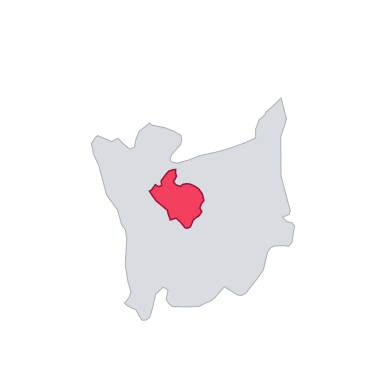 Kolašin highlighted on a map of Montenegro, rotated 221°
{"feature_id": "MNE-1512", "entity_name": "Kolašin", "entity_type": "Municipality", "adm_level": 1, "iso_a3": "MNE", "parent_name": "Montenegro", "parent_adm1": "", "projection": "albers", "projection_center": [19.443, 42.798], "detail": "fine", "context": "in_parent", "style": "filled", "palette": "rose", "viewbox_px": 384, "rotation_deg": 221, "n_neighbors": 0, "source": "natural_earth", "source_scale": "10m", "svg_char_len": 1915}
<svg xmlns="http://www.w3.org/2000/svg" viewBox="0 0 384 384"><g transform="rotate(221 192 192)"><path d="M170.2,64.0L169.9,65.9L170.4,71.5L172.9,76.9L181.8,82.5L194.9,93.5L210.3,113.7L217.4,119.7L223.8,121.2L236.2,129.5L244.9,131.5L254.6,133.8L280.1,151.1L291.5,156.1L299.7,162.6L300.6,168.8L300.3,172.6L285.7,177.3L283.2,184.1L276.1,183.4L267.5,183.4L264.7,187.8L268.8,194.9L271.6,203.3L269.5,214.8L268.8,216.3L266.7,215.9L254.6,222.7L245.6,225.9L237.4,227.5L233.6,224.3L231.7,219.9L231.9,207.3L230.5,203.0L227.7,201.0L222.1,204.0L215.6,213.8L209.6,225.1L200.6,237.0L193.1,248.3L185.0,262.7L179.4,274.5L185.2,281.2L188.7,290.5L187.6,297.5L188.6,301.6L186.8,313.8L186.5,321.5L168.5,309.1L161.2,291.8L135.2,262.4L105.5,242.3L103.9,239.1L105.6,235.3L107.1,232.3L100.9,232.0L96.5,234.4L92.4,233.7L87.8,226.2L83.5,219.7L83.4,214.0L85.4,213.3L88.4,211.0L94.7,204.8L96.0,201.5L95.7,196.4L87.2,180.4L86.0,170.0L85.0,150.8L86.9,146.2L90.1,144.1L105.4,141.8L105.4,126.8L106.3,122.4L109.4,116.2L111.4,110.5L119.9,102.4L131.5,92.8L136.5,92.5L140.9,93.9L145.8,102.3L151.2,101.2L152.4,91.2L145.4,78.0L141.6,69.6L142.8,65.0L145.5,62.5L151.6,64.1L157.3,66.4L161.0,64.9L166.8,63.7L170.2,64.0Z" fill="#d9dde1" stroke="#a8b0b8" stroke-width="1"/><path d="M171.7,183.7L171.1,178.7L172.2,174.9L172.6,171.3L171.5,168.3L170.8,166.4L170.5,163.9L171.8,161.6L173.7,160.4L181.0,161.7L186.7,161.9L188.5,159.3L190.0,156.7L190.3,156.9L195.0,159.5L198.7,162.1L205.8,162.0L213.4,161.8L217.5,162.8L220.6,163.5L224.8,164.8L223.9,166.7L224.4,173.2L224.5,173.5L220.8,174.0L219.2,177.0L220.9,178.6L222.6,180.1L222.9,183.5L223.3,188.6L223.2,192.6L220.7,196.7L219.1,198.3L216.8,195.4L214.1,193.9L213.3,190.7L212.8,187.4L208.5,186.9L204.4,188.7L204.0,191.7L201.3,194.9L198.5,196.8L194.0,198.1L189.2,198.8L182.9,197.3L181.9,196.5L177.4,193.4L177.3,191.1L177.2,189.3L175.6,185.0L171.7,183.7Z" fill="#f43f5e" stroke="#9f1239" stroke-width="1.5"/></g></svg>